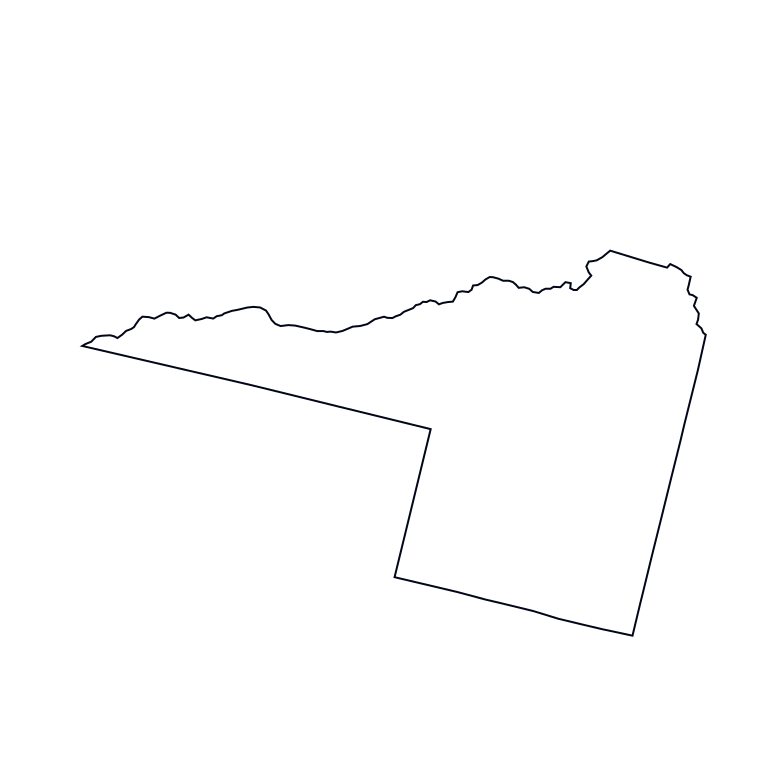 Santa Luzia D'Oeste, Rondônia, Brazil (Mercator projection), rotated 104°
{"feature_id": "56859067B12589205875865", "entity_name": "Santa Luzia D'Oeste", "entity_type": "district", "adm_level": 2, "iso_a3": "BRA", "parent_name": "Brazil", "parent_adm1": "Rondônia", "projection": "mercator", "projection_center": [-61.766, -12.143], "detail": "fine", "context": "isolated", "style": "outline", "palette": "ink", "viewbox_px": 768, "rotation_deg": 104, "n_neighbors": 0, "source": "geoboundaries", "source_scale": "gbopen_adm2", "svg_char_len": 2082}
<svg xmlns="http://www.w3.org/2000/svg" viewBox="0 0 768 768"><g transform="rotate(104 384 384)"><path d="M199.9,196.8L204.1,199.9L208.2,202.9L212.6,207.6L214.1,210.8L215.7,214.9L221.0,216.1L226.2,212.3L228.7,209.1L232.4,211.1L238.8,214.4L243.2,217.9L246.1,219.6L246.9,222.7L246.0,226.5L241.0,227.2L241.3,232.6L247.4,236.3L248.7,243.0L251.3,245.5L252.5,250.3L254.8,253.3L258.2,255.8L258.7,261.9L256.5,266.1L256.2,271.3L258.1,276.6L255.7,280.0L253.9,283.6L253.6,287.9L255.0,293.5L254.1,298.5L254.0,304.3L254.7,307.4L258.1,310.9L261.9,313.5L265.3,317.0L266.9,321.4L271.3,321.8L274.4,324.4L275.1,330.5L277.1,334.8L282.6,335.7L287.4,337.1L289.1,342.0L291.1,346.5L293.4,350.0L291.5,353.9L291.6,359.4L294.2,362.6L294.8,366.1L297.9,368.5L299.8,372.2L303.4,374.2L309.1,382.1L312.8,384.9L315.5,389.0L318.0,391.8L319.0,396.9L318.7,400.2L323.4,408.6L329.9,414.6L333.5,421.2L335.9,428.2L342.5,437.0L345.6,443.0L346.1,448.5L347.3,452.0L347.3,455.5L348.8,461.6L348.6,469.2L348.6,475.8L348.8,484.3L350.0,491.1L352.8,498.4L351.9,504.0L349.1,508.5L344.3,512.9L341.3,516.2L339.7,522.8L340.8,529.5L342.9,535.2L347.6,544.3L349.8,549.2L354.2,556.1L356.5,558.0L358.7,562.7L361.8,565.5L362.2,572.3L365.0,576.6L367.9,582.5L366.2,586.4L364.0,590.4L368.0,594.6L369.5,598.7L367.1,603.0L366.7,608.8L367.5,612.4L371.9,617.8L376.1,622.6L376.0,628.2L377.1,634.7L380.7,637.2L386.3,639.4L389.2,640.3L391.7,642.5L394.9,647.1L399.5,650.0L403.9,653.8L403.0,657.4L403.0,661.6L405.6,669.9L408.0,674.9L413.8,678.3L417.5,683.4L420.1,686.0L417.2,511.5L416.9,421.0L416.5,327.8L434.3,327.7L526.8,327.2L568.9,327.0L568.1,262.2L568.6,233.7L568.4,218.2L568.2,184.3L569.6,158.1L569.4,134.6L569.1,111.7L568.9,107.4L568.1,82.0L534.3,82.3L524.7,82.3L486.5,82.5L445.9,82.5L406.4,82.6L368.2,82.6L350.3,82.8L330.9,82.8L294.4,82.8L258.4,83.7L257.1,86.6L253.2,89.5L250.2,95.3L245.7,94.8L239.4,95.6L233.2,102.2L224.7,101.4L223.1,106.0L223.1,109.3L219.0,112.3L215.2,112.2L205.7,112.4L205.2,116.6L203.9,120.0L201.5,123.0L199.8,128.4L198.4,135.3L202.6,137.5L202.0,156.8L199.9,196.8Z" fill="none" stroke="#020617" stroke-width="2"/></g></svg>